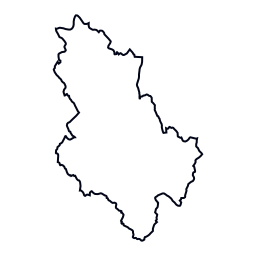 the district of Tan Lac, Hòa Bình, Vietnam
{"feature_id": "81297802B22385523751240", "entity_name": "Tan Lac", "entity_type": "district", "adm_level": 2, "iso_a3": "VNM", "parent_name": "Vietnam", "parent_adm1": "Hòa Bình", "projection": "equal_earth", "projection_center": [105.222, 20.611], "detail": "fine", "context": "isolated", "style": "outline", "palette": "ink", "viewbox_px": 256, "rotation_deg": 0, "n_neighbors": 0, "source": "geoboundaries", "source_scale": "gbopen_adm2", "svg_char_len": 5753}
<svg xmlns="http://www.w3.org/2000/svg" viewBox="0 0 256 256"><path d="M135.4,237.9L136.0,238.0L136.9,238.9L137.3,239.1L138.4,238.9L139.5,239.0L140.3,239.5L141.4,240.6L142.6,240.6L144.3,239.6L144.5,238.0L144.9,237.1L146.0,236.8L147.8,235.8L149.6,234.4L150.1,233.7L152.9,231.0L152.9,228.7L154.0,225.2L154.7,224.1L156.9,222.1L156.1,221.4L155.8,220.7L156.8,219.5L156.5,217.6L157.0,215.9L157.2,214.5L155.8,213.2L155.1,212.3L155.5,211.0L155.8,209.6L156.1,208.8L156.9,208.0L157.6,207.0L158.1,203.6L157.8,203.0L158.0,202.6L155.9,200.2L155.2,198.5L155.2,197.6L155.5,197.2L157.1,196.2L157.9,195.4L162.4,193.5L163.8,193.4L164.5,193.7L166.1,194.8L167.4,195.8L168.2,196.1L168.9,196.6L170.8,198.2L171.2,198.5L172.7,200.9L174.6,202.5L176.1,204.4L176.5,204.8L178.0,205.7L179.4,205.8L179.8,205.8L180.2,205.5L180.6,204.7L181.2,202.4L179.8,200.5L180.9,199.6L181.3,198.0L183.4,198.0L184.2,197.8L185.0,197.2L185.2,196.5L185.1,195.4L185.3,194.8L186.5,190.8L186.3,189.6L186.4,188.9L187.9,185.9L188.3,184.1L190.6,182.2L191.4,181.7L192.8,181.1L193.9,179.5L194.1,178.5L194.0,177.6L193.6,176.6L192.9,175.5L192.8,175.0L193.1,173.1L193.3,172.7L193.6,172.3L194.8,172.0L195.1,171.4L195.0,170.4L194.2,166.8L194.0,166.5L193.2,166.0L193.2,165.9L194.1,164.8L195.4,162.6L195.6,161.8L195.4,160.8L195.6,160.1L196.5,159.1L199.0,157.5L200.7,156.0L202.2,154.2L201.4,153.0L199.5,151.2L199.1,150.6L197.9,148.0L196.6,146.9L196.2,146.3L196.2,144.9L196.2,144.1L196.7,142.4L196.8,140.0L197.1,138.4L196.2,138.7L190.4,137.3L189.7,137.7L188.5,139.4L187.4,140.4L186.5,141.0L185.2,141.5L183.6,141.2L183.1,140.9L182.7,140.5L181.4,137.5L180.7,137.8L180.2,137.7L178.0,136.6L177.8,136.3L177.6,132.9L176.8,131.7L175.9,130.6L174.4,129.2L173.3,127.9L172.6,127.6L171.3,127.9L169.7,126.9L169.3,127.0L168.4,128.3L167.9,128.7L167.3,128.8L166.1,128.2L166.4,132.5L163.5,132.9L163.0,132.0L162.2,129.2L161.8,127.1L161.9,125.5L161.5,123.7L160.9,122.8L160.0,120.7L159.5,118.6L158.8,117.8L158.3,116.4L158.1,116.2L157.3,115.9L155.9,112.5L154.7,109.9L154.9,108.4L154.7,107.3L154.9,105.2L153.3,103.2L151.8,101.8L151.7,97.8L151.0,96.7L150.3,96.0L149.4,95.9L148.9,95.7L147.6,94.7L146.5,94.5L144.8,95.4L143.3,95.6L142.4,96.4L140.8,96.6L140.6,96.8L140.2,97.5L139.8,99.2L139.6,98.3L139.5,97.0L139.6,94.8L139.3,93.6L139.3,92.3L138.3,88.8L138.3,88.4L137.2,86.1L136.9,84.7L137.2,83.4L138.8,78.4L139.0,76.7L139.0,74.4L139.7,68.7L140.4,66.8L141.0,65.8L141.6,64.6L142.1,61.9L142.2,57.2L134.7,56.8L134.3,54.6L133.6,54.4L132.7,52.7L129.8,49.4L126.9,53.4L124.2,54.9L123.3,55.0L122.7,54.8L120.7,53.2L120.3,53.2L118.7,54.4L118.0,53.1L117.0,52.2L116.8,52.4L116.8,53.2L116.6,53.8L116.3,54.1L114.8,54.3L114.5,54.1L114.4,53.5L114.5,52.6L113.6,50.5L112.9,49.9L112.0,49.4L108.8,48.3L108.1,47.6L108.2,46.9L108.5,45.7L110.1,43.3L110.7,41.7L110.7,41.3L108.4,38.5L104.6,34.5L104.3,34.0L104.2,33.1L103.4,31.9L102.5,31.0L101.9,30.7L100.2,30.6L99.8,30.7L98.8,32.2L97.0,30.4L96.2,29.9L94.3,29.6L93.1,29.8L92.3,29.6L90.1,28.3L89.3,27.7L89.0,27.1L88.6,25.2L88.7,23.1L87.7,23.6L86.2,24.0L84.4,23.9L83.8,23.5L83.2,22.8L79.8,17.8L78.4,16.4L77.7,15.7L77.0,15.4L75.8,15.4L75.0,16.6L74.1,19.0L73.7,21.5L73.7,24.5L73.3,26.4L72.7,27.6L71.6,28.9L70.4,29.5L69.0,29.6L65.8,29.1L63.4,28.3L60.3,27.8L59.3,27.8L56.9,28.8L55.9,28.6L56.0,29.9L56.4,31.3L57.9,33.8L59.5,37.1L61.7,38.0L62.4,38.6L64.4,41.0L65.6,42.8L65.8,43.4L65.8,44.2L64.8,45.8L64.4,46.8L64.5,47.3L65.7,49.9L65.7,50.5L64.6,51.7L61.9,52.1L59.2,53.5L58.5,54.3L58.5,56.5L59.0,59.9L60.4,60.6L60.4,62.3L58.8,63.6L58.2,62.6L57.6,61.8L54.9,66.2L54.8,67.1L54.9,67.9L54.1,68.9L53.8,69.3L53.8,69.8L54.8,72.3L56.4,74.7L57.2,75.6L58.5,76.7L58.9,77.5L60.4,78.8L61.1,79.6L61.9,81.3L62.8,82.2L64.0,83.0L64.7,84.1L65.5,86.0L65.6,86.7L65.5,87.8L64.1,89.6L63.5,91.8L63.6,92.3L64.6,95.5L65.1,95.4L66.0,94.5L66.9,94.0L67.1,94.2L67.4,95.1L67.8,95.6L69.0,95.8L69.1,96.0L69.2,97.3L70.0,98.9L71.0,99.9L71.7,101.2L72.2,101.8L73.6,102.8L74.1,103.5L75.3,106.2L75.6,106.7L77.8,111.1L79.0,112.6L76.2,115.8L72.0,119.8L69.7,122.1L68.1,122.8L67.2,123.8L66.9,125.4L67.1,126.3L68.4,129.2L68.9,130.9L69.3,131.4L70.3,131.7L70.7,133.0L72.4,135.6L74.6,136.9L74.9,137.3L74.0,137.4L71.2,139.1L70.3,139.5L69.4,139.5L68.8,139.3L68.1,138.9L66.8,137.7L65.8,136.1L65.4,136.1L64.8,137.1L64.6,137.8L62.2,142.4L60.9,143.4L59.9,143.8L59.7,145.1L58.9,146.0L57.5,147.1L57.2,149.1L56.1,150.2L56.1,150.4L55.9,153.0L56.1,153.3L57.4,153.6L57.8,154.0L58.1,154.5L58.2,156.1L57.8,162.1L58.5,162.3L59.3,162.8L59.7,163.5L59.8,164.5L60.2,165.2L60.7,165.2L61.4,164.9L62.0,165.0L62.9,165.4L64.1,166.5L64.4,167.0L64.9,168.4L65.2,168.7L65.9,169.0L66.9,172.1L67.7,173.8L68.3,174.4L68.8,174.7L69.6,175.4L70.4,175.2L70.7,175.3L71.1,176.0L73.3,175.0L73.5,175.1L74.2,176.0L75.2,175.8L76.8,179.0L77.8,180.0L78.2,180.3L79.0,180.4L79.5,180.9L80.1,182.2L80.5,185.5L80.5,186.4L79.9,190.5L80.8,190.4L82.5,191.7L83.2,192.7L83.6,193.4L84.0,194.9L84.6,195.7L85.4,195.8L86.0,195.1L86.9,194.7L87.9,194.7L89.8,195.3L89.8,193.8L90.0,192.5L90.9,191.6L91.6,191.2L92.0,191.4L92.7,192.3L94.3,193.6L95.3,194.0L97.9,194.1L100.7,193.3L101.7,193.5L104.0,194.9L104.6,195.4L105.7,195.6L106.5,196.2L106.7,196.7L106.6,197.5L106.7,198.0L107.7,198.3L108.3,199.8L108.7,200.3L109.7,200.7L111.7,202.4L112.7,202.9L114.7,202.7L115.9,203.3L116.2,203.9L116.3,204.7L115.9,206.3L115.9,207.2L115.9,207.5L116.2,208.2L117.4,209.0L119.2,210.7L120.5,210.8L121.4,211.1L121.5,211.4L121.1,212.2L121.3,212.7L122.2,212.9L123.5,214.6L123.5,215.1L122.9,217.2L121.0,220.9L121.2,221.2L121.8,221.7L121.4,222.8L121.5,223.3L121.9,223.7L122.7,223.4L123.0,223.5L123.6,224.1L123.5,224.7L123.6,225.1L124.2,225.6L127.7,227.2L129.3,228.7L130.4,229.1L132.4,230.3L132.7,230.7L133.0,231.3L133.0,232.6L133.5,234.5L133.4,235.2L132.8,237.0L133.0,237.4L133.9,238.0L134.6,238.1L135.4,237.9Z" fill="none" stroke="#020617" stroke-width="2"/></svg>